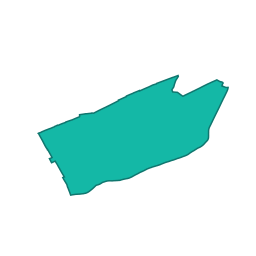 outline of Voorschoten, Zuid-Holland, Netherlands, rotated 30°
{"feature_id": "6326949B4576326162856", "entity_name": "Voorschoten", "entity_type": "district", "adm_level": 2, "iso_a3": "NLD", "parent_name": "Netherlands", "parent_adm1": "Zuid-Holland", "projection": "albers", "projection_center": [4.439, 52.126], "detail": "fine", "context": "isolated", "style": "filled", "palette": "teal", "viewbox_px": 256, "rotation_deg": 30, "n_neighbors": 0, "source": "geoboundaries", "source_scale": "gbopen_adm2", "svg_char_len": 5496}
<svg xmlns="http://www.w3.org/2000/svg" viewBox="0 0 256 256"><g transform="rotate(30 128 128)"><path d="M145.1,57.5L142.4,60.8L141.2,62.1L140.3,63.2L133.8,71.1L130.5,75.1L130.6,75.5L128.2,78.1L127.8,78.6L125.7,81.7L124.9,82.8L123.9,84.1L122.5,86.0L121.4,87.5L120.6,88.6L119.5,90.1L119.2,89.8L115.2,94.9L114.9,95.5L112.7,98.3L110.8,100.9L110.6,101.1L110.6,101.3L110.7,101.5L110.8,101.7L110.7,101.8L107.8,105.9L106.2,108.1L105.8,108.5L106.0,108.7L106.2,108.9L106.2,109.0L104.3,112.0L103.4,113.4L102.2,115.2L101.5,116.3L101.0,117.1L97.6,122.1L94.2,127.1L92.2,130.2L90.8,132.4L89.9,132.8L89.6,132.9L89.6,133.0L89.4,133.1L89.0,133.5L88.9,133.4L88.7,133.6L87.9,134.3L87.4,134.6L85.4,136.1L84.3,136.8L81.8,138.8L79.4,140.7L79.5,141.0L79.8,141.3L80.0,141.6L80.3,142.2L80.4,142.4L80.4,142.5L77.9,145.7L75.7,148.7L72.6,152.2L71.0,154.1L71.1,154.4L71.0,154.5L70.7,154.9L70.2,155.5L69.2,156.6L67.0,159.4L67.0,159.5L66.1,160.7L66.0,160.8L65.9,160.8L65.7,160.7L65.5,160.8L65.1,161.4L64.6,162.2L64.2,162.7L64.0,163.0L63.9,163.1L63.7,163.3L63.6,163.5L63.5,164.0L63.2,164.4L62.7,164.9L62.0,165.9L61.4,166.7L59.5,168.9L59.1,169.5L58.5,170.2L57.5,171.4L56.4,172.9L55.7,173.8L55.2,174.5L54.8,175.3L54.5,175.6L54.0,176.2L53.7,176.6L53.4,176.8L53.2,177.2L53.0,177.5L53.4,177.6L53.5,177.6L54.7,178.4L56.0,179.2L60.2,181.7L63.3,183.7L65.0,184.8L66.9,185.9L67.1,186.0L67.5,186.1L67.7,186.3L68.0,186.4L68.2,186.5L68.3,186.6L68.5,186.7L68.9,186.9L69.0,187.0L69.1,186.8L71.5,188.2L77.0,191.5L76.9,191.7L76.8,191.8L76.8,192.0L76.7,192.2L76.3,192.6L75.7,193.3L75.5,193.6L75.3,193.8L79.0,196.2L79.2,196.3L80.0,195.2L80.4,194.6L81.4,193.2L81.5,193.1L83.8,194.4L85.2,195.1L86.9,196.2L88.3,197.0L88.8,197.3L89.4,197.6L89.7,197.9L91.0,198.6L91.3,198.8L91.8,199.1L92.6,199.6L93.5,200.1L94.4,200.6L95.9,201.4L96.5,201.8L97.3,202.2L97.0,202.5L96.4,203.4L96.3,203.5L96.6,203.7L97.7,204.4L98.4,204.8L99.1,205.2L100.0,205.7L100.8,206.1L101.8,206.7L102.8,207.2L103.3,207.5L104.3,208.5L105.1,209.3L105.8,209.8L106.3,210.1L106.6,210.4L107.2,210.9L108.2,211.7L109.6,212.8L111.1,214.1L111.9,214.8L112.2,214.6L112.8,214.0L113.7,213.3L115.7,211.7L116.0,211.5L117.5,210.5L118.4,209.9L119.2,209.4L121.2,207.9L122.2,207.2L122.7,206.7L123.9,205.7L124.4,205.1L124.9,204.4L125.4,203.7L126.3,201.9L126.7,200.8L127.2,199.6L127.7,198.2L128.3,196.2L128.9,194.1L129.1,193.5L129.6,193.0L130.3,192.3L130.6,192.0L130.9,191.6L131.3,191.1L131.5,190.9L131.8,190.4L132.0,190.0L132.8,188.6L133.0,188.0L133.3,187.7L133.6,187.3L134.1,186.8L134.6,186.3L134.8,186.0L135.1,185.7L136.0,184.7L136.3,184.5L136.9,183.9L137.2,183.8L137.6,183.4L139.7,182.2L140.5,181.8L141.4,181.2L141.9,180.8L142.6,180.4L144.4,179.2L145.2,178.7L145.9,178.2L146.5,177.8L146.7,177.7L147.0,177.5L147.5,177.0L148.0,176.4L148.7,175.7L150.0,174.4L150.8,173.7L151.7,172.9L152.3,172.4L152.7,172.1L153.0,171.8L153.3,171.5L153.6,171.2L153.9,170.9L154.3,170.4L154.6,170.0L155.0,169.4L155.3,169.0L155.5,168.8L155.8,168.4L155.9,168.1L156.2,167.6L156.8,166.6L157.7,165.1L158.4,164.0L159.1,163.0L159.2,162.9L159.4,162.5L159.6,162.2L159.8,161.8L160.1,161.4L160.3,161.0L160.4,160.8L161.0,159.9L161.5,159.3L161.5,159.1L161.8,158.9L161.9,158.7L162.2,158.3L162.4,158.0L163.0,157.2L163.4,156.5L164.2,155.3L164.4,155.0L164.4,154.9L164.6,154.6L164.9,154.1L165.2,153.7L165.4,153.5L165.9,152.8L166.2,152.4L166.4,152.2L166.6,151.9L166.9,151.6L168.0,150.4L168.2,150.1L168.6,149.6L169.2,149.0L169.5,148.6L169.8,148.4L170.0,148.1L170.2,147.9L170.3,147.8L170.5,147.6L171.1,147.0L171.3,146.7L171.9,146.2L172.5,145.5L173.5,144.4L173.5,144.2L174.0,143.9L174.1,143.7L175.1,142.3L175.8,141.5L176.0,141.2L176.4,140.7L177.6,139.2L177.8,138.9L178.0,138.8L178.4,138.3L179.6,137.1L180.9,135.7L181.0,135.4L182.5,133.8L182.9,133.4L183.6,132.7L183.8,132.4L185.0,131.0L186.0,129.7L187.1,128.6L188.6,126.9L189.3,126.0L190.1,125.0L190.8,124.2L191.7,123.1L192.2,122.4L192.5,122.0L192.8,121.5L193.2,120.9L193.3,120.6L193.7,119.8L194.1,118.8L194.8,117.4L195.2,116.6L195.6,115.9L195.9,115.4L196.3,114.8L196.8,113.7L197.3,112.9L197.9,111.6L198.6,110.4L199.1,109.7L199.7,108.9L200.1,108.3L200.6,107.3L200.9,106.7L201.1,106.3L201.2,105.9L201.4,105.5L201.6,104.9L201.9,103.8L202.1,102.8L202.1,102.6L202.2,102.3L202.4,101.3L202.5,101.0L202.7,100.4L202.8,99.7L202.9,99.3L202.9,99.1L203.0,98.8L203.0,98.4L203.0,98.2L202.9,97.5L202.9,97.4L202.7,96.7L202.7,96.4L202.5,96.1L202.4,95.9L202.2,95.5L201.5,94.2L200.6,92.7L199.8,91.2L199.3,90.4L199.0,89.7L198.8,89.4L198.7,89.0L198.6,88.8L198.5,88.6L198.5,88.3L198.4,88.1L198.3,87.8L198.3,87.6L198.3,87.4L198.2,87.1L198.1,86.2L198.1,85.7L198.0,84.7L198.0,84.1L197.9,82.7L197.8,82.0L197.8,81.2L197.6,79.1L197.2,73.4L196.7,65.5L196.2,59.1L196.1,58.1L196.1,57.6L195.9,55.2L195.8,52.8L195.6,50.1L195.4,47.6L195.4,47.3L195.3,46.8L195.3,46.4L195.3,46.2L195.2,46.0L195.2,45.8L195.2,45.6L195.1,45.1L195.1,44.9L195.0,44.6L194.9,44.3L194.8,44.1L194.8,43.9L194.7,43.6L194.6,43.2L194.4,42.8L193.9,43.1L193.6,43.3L192.8,43.8L192.7,43.9L192.2,44.0L190.9,44.2L189.0,44.6L189.0,44.4L188.3,44.5L188.2,44.0L188.0,43.4L187.9,43.0L187.9,41.6L187.6,41.6L187.4,41.4L187.2,41.2L186.8,41.2L186.2,41.3L185.8,41.4L185.2,41.5L184.9,41.8L182.3,41.9L180.9,41.9L180.2,42.9L177.6,46.4L175.6,49.3L175.2,49.8L174.8,50.4L173.0,53.1L171.1,56.0L170.5,57.0L167.8,61.0L166.5,63.0L166.0,63.6L165.2,64.9L163.0,68.1L160.8,71.3L160.6,71.6L160.5,71.9L159.6,73.1L153.0,72.4L148.8,74.4L147.5,73.5L146.9,73.0L146.9,72.9L147.1,69.6L146.4,67.1L145.9,64.6L145.6,62.9L145.8,58.2L145.1,57.5Z" fill="#14b8a6" stroke="#0f766e" stroke-width="1.5"/></g></svg>